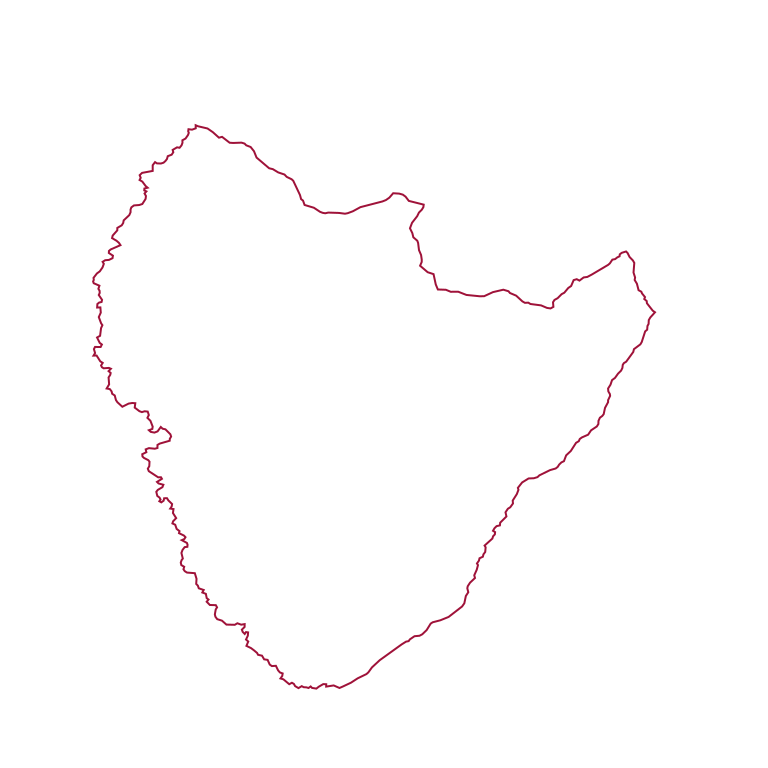 Amambai, Mato Grosso do Sul, Brazil (Equal Earth projection), rotated 259°
{"feature_id": "56859067B60164286614093", "entity_name": "Amambai", "entity_type": "district", "adm_level": 2, "iso_a3": "BRA", "parent_name": "Brazil", "parent_adm1": "Mato Grosso do Sul", "projection": "equal_earth", "projection_center": [-54.945, -23.219], "detail": "fine", "context": "isolated", "style": "outline", "palette": "rose", "viewbox_px": 768, "rotation_deg": 259, "n_neighbors": 0, "source": "geoboundaries", "source_scale": "gbopen_adm2", "svg_char_len": 6158}
<svg xmlns="http://www.w3.org/2000/svg" viewBox="0 0 768 768"><g transform="rotate(259 384 384)"><path d="M513.8,117.0L513.3,120.2L508.1,119.6L504.1,116.8L497.5,117.9L495.5,118.8L492.8,116.9L485.5,114.5L484.4,111.2L478.6,112.8L476.6,114.6L474.4,112.9L475.5,107.4L473.6,105.9L469.5,106.3L467.3,104.3L466.8,107.3L460.4,109.8L458.4,111.9L456.2,109.8L454.3,110.3L452.9,111.8L452.3,117.0L451.1,118.8L449.2,116.1L447.0,117.8L445.2,117.0L443.0,114.9L436.1,114.1L432.5,110.9L431.3,113.9L428.7,115.2L426.3,115.3L424.1,117.5L419.4,117.8L417.0,118.8L411.6,122.8L413.5,129.6L413.4,133.2L412.6,136.2L408.4,134.8L404.0,138.7L402.6,141.0L402.9,143.8L402.0,146.8L398.4,147.2L395.9,145.3L392.4,147.7L386.3,148.8L384.1,148.0L383.5,144.4L381.5,145.9L380.1,149.4L380.7,152.7L384.4,156.7L382.4,158.1L381.2,160.8L375.4,164.7L373.0,165.0L371.1,163.3L369.2,162.8L368.3,152.5L367.4,150.0L364.4,149.4L364.2,146.7L365.9,141.0L365.3,137.6L362.4,137.7L361.2,133.3L358.9,133.1L357.3,134.2L354.2,138.1L352.5,139.0L348.1,137.9L345.9,136.0L343.3,136.5L335.5,144.5L335.0,147.3L333.3,147.9L331.2,142.5L329.4,143.7L327.2,148.2L325.0,146.8L323.2,141.7L321.6,139.9L317.4,140.1L315.3,142.0L313.2,142.6L311.8,141.1L310.3,142.8L311.5,145.4L313.8,146.4L313.3,149.2L310.9,150.1L306.6,153.1L304.3,152.2L302.5,150.4L301.4,153.5L297.6,152.2L292.0,154.4L289.5,150.8L287.5,149.7L285.7,152.2L281.3,152.8L278.6,155.2L276.7,154.3L273.4,158.7L271.5,159.9L269.9,158.4L269.3,155.7L265.6,160.2L263.7,160.5L261.7,159.9L261.9,157.2L259.6,154.6L256.8,152.9L251.0,153.2L249.7,151.7L247.4,150.4L244.9,150.5L242.7,153.0L240.4,151.8L238.3,152.7L236.5,154.6L234.4,162.2L228.5,162.8L223.6,161.5L221.6,162.8L218.8,163.2L216.2,167.7L214.0,165.9L212.0,169.1L207.6,169.1L205.9,170.6L204.1,168.4L200.3,170.9L199.0,176.7L196.6,177.5L194.8,175.8L190.1,174.0L187.7,174.1L185.0,175.4L182.6,179.8L177.9,183.4L176.1,191.6L177.1,194.4L175.0,197.9L174.9,201.4L172.1,200.8L170.0,197.6L167.6,198.0L165.2,199.6L166.8,201.2L166.1,203.2L162.9,202.3L159.5,199.8L157.1,201.6L153.2,199.0L150.1,203.1L147.3,205.6L144.2,208.1L142.2,208.7L140.6,212.4L136.6,213.8L135.4,217.1L130.4,218.3L128.5,220.1L128.0,224.1L123.1,225.4L120.7,226.8L119.2,229.3L116.8,228.4L114.7,226.2L113.3,228.9L107.4,233.7L108.3,236.6L106.8,238.3L104.4,239.1L101.8,242.0L103.1,245.6L101.7,247.3L101.0,250.0L100.0,251.9L101.1,254.3L99.4,255.4L97.9,259.5L99.3,262.2L101.0,267.1L100.3,270.0L98.0,269.5L97.7,277.1L94.1,282.3L94.9,285.9L97.1,294.6L100.1,302.0L102.6,311.4L103.9,313.6L108.1,318.1L113.7,327.1L125.0,351.6L126.9,356.5L126.9,359.1L128.4,360.7L130.6,365.8L130.1,370.8L131.0,373.8L134.3,378.9L139.9,384.1L140.8,386.3L141.3,394.2L143.0,402.9L150.7,418.2L153.4,421.0L160.3,423.9L163.5,427.0L167.6,426.8L169.5,427.6L172.6,430.6L176.2,436.3L179.0,436.1L184.0,439.6L188.3,441.7L190.1,441.0L192.5,443.5L194.7,444.5L195.6,448.1L197.8,449.1L199.8,451.3L204.3,452.6L206.2,451.9L211.6,460.9L213.7,462.0L215.2,464.1L217.4,464.8L219.1,463.0L221.3,464.9L223.0,467.4L223.1,470.8L225.7,471.6L230.6,478.9L234.9,478.8L237.9,481.8L238.9,484.4L242.1,487.8L245.0,488.1L250.6,493.4L254.5,495.8L256.5,495.6L261.0,500.8L263.7,507.9L262.9,513.1L263.3,516.9L264.7,519.1L267.8,530.6L268.3,536.4L269.5,538.7L271.5,540.6L273.2,543.2L273.9,545.9L279.2,549.2L282.6,554.6L289.6,561.3L290.7,564.3L292.7,565.7L293.8,568.1L295.3,574.7L299.0,578.4L301.7,584.8L303.8,586.8L306.9,587.5L309.7,589.5L311.0,592.2L312.5,593.9L318.4,596.4L323.4,600.5L325.4,600.9L329.2,603.7L331.1,603.8L333.9,602.8L336.8,603.1L340.1,606.2L344.3,608.6L345.9,611.9L349.5,615.7L351.9,619.3L354.3,621.1L357.2,622.0L358.7,623.4L359.7,626.0L367.9,634.8L370.5,636.0L374.0,643.2L376.0,645.0L385.8,650.4L387.1,652.7L390.7,653.7L392.5,655.2L396.2,656.1L398.5,658.1L402.7,663.7L404.7,661.8L413.1,657.5L415.3,657.7L417.8,655.7L419.5,656.8L423.6,654.6L425.5,654.2L427.5,651.8L434.2,651.4L438.3,649.9L440.6,650.8L445.8,650.2L455.1,652.8L457.8,651.9L461.8,649.3L466.1,648.1L467.9,646.9L467.4,642.4L466.3,640.2L464.4,639.6L463.8,637.2L462.5,634.7L462.5,631.9L459.3,628.7L458.2,626.8L451.8,608.9L450.3,604.0L450.5,600.3L448.2,595.6L450.1,593.2L449.8,590.0L444.5,586.4L443.1,583.2L439.2,578.4L438.3,575.5L435.1,570.8L434.0,567.4L432.0,565.5L427.4,565.0L426.4,561.9L427.6,558.5L431.2,553.2L434.6,543.0L436.3,541.2L436.8,537.8L438.7,535.6L445.5,530.6L449.3,525.0L451.3,523.9L453.8,519.1L453.4,508.5L451.1,499.1L451.8,494.9L455.7,481.9L460.4,474.5L461.8,467.1L464.7,462.7L466.5,454.9L471.9,453.8L482.4,453.6L485.4,448.2L493.2,442.0L496.6,444.3L499.0,444.8L503.6,445.0L508.7,443.9L516.0,444.4L518.3,444.0L522.4,440.8L526.7,440.6L531.9,439.2L536.9,442.3L542.4,448.6L545.6,451.0L547.9,454.4L550.1,456.4L552.5,457.2L559.0,443.3L563.8,440.9L566.3,438.6L568.0,435.2L569.5,429.4L565.9,424.8L564.2,421.0L563.5,417.3L562.1,394.6L559.5,386.4L558.6,381.0L558.6,378.2L560.5,372.5L562.9,362.0L562.8,358.9L563.7,356.5L565.2,354.1L570.4,348.8L574.9,340.2L579.5,339.5L581.3,337.9L585.5,337.6L600.8,333.7L602.6,332.4L605.9,328.0L608.6,326.3L611.9,320.5L616.1,315.9L617.7,312.4L630.6,302.1L637.3,300.8L642.1,298.3L644.6,294.3L646.6,293.0L648.1,290.2L649.4,281.9L650.3,278.5L657.5,272.2L657.3,269.0L663.9,264.0L668.5,259.5L672.5,250.6L673.9,248.5L670.9,248.0L670.3,244.1L671.4,240.7L669.5,240.0L667.8,240.3L665.8,239.1L662.8,236.0L661.7,232.6L659.2,232.2L656.9,230.8L654.9,228.4L655.8,226.0L654.1,221.2L651.7,221.4L649.6,219.3L648.9,215.2L646.3,213.9L644.6,212.0L643.3,209.8L643.0,207.1L643.9,203.2L645.5,201.6L642.9,198.7L637.3,197.6L637.4,186.8L635.6,184.0L632.8,184.5L630.9,183.0L628.8,185.4L623.8,187.8L621.8,189.4L621.6,186.1L619.8,185.6L618.4,187.5L616.7,185.3L614.0,186.2L611.2,185.3L606.8,181.1L606.4,177.9L607.0,172.6L605.6,169.7L603.6,168.5L601.0,168.0L598.4,166.2L594.3,159.7L591.8,158.7L589.8,156.8L588.1,152.0L585.7,151.5L581.5,146.0L579.1,144.9L575.6,148.8L573.2,150.7L570.6,151.8L568.2,141.3L567.1,139.4L565.1,138.9L561.7,142.4L559.3,141.5L558.3,137.7L558.7,133.9L557.6,131.1L555.4,131.9L552.1,129.9L548.8,126.5L547.3,123.3L543.6,119.1L541.6,119.0L540.1,118.0L538.3,118.3L534.8,123.4L531.9,121.8L529.8,122.6L527.6,122.3L525.8,121.0L520.4,123.3L518.4,122.4L518.3,119.9L517.2,117.9L513.8,117.0Z" fill="none" stroke="#9f1239" stroke-width="2"/></g></svg>